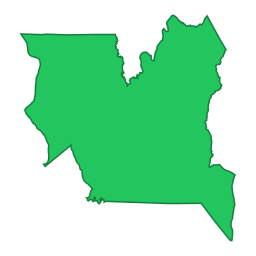 the district of Ngabwe, Central, Zambia
{"feature_id": "96606910B70902538429016", "entity_name": "Ngabwe", "entity_type": "district", "adm_level": 2, "iso_a3": "ZMB", "parent_name": "Zambia", "parent_adm1": "Central", "projection": "equal_earth", "projection_center": [27.56, -14.095], "detail": "fine", "context": "isolated", "style": "filled", "palette": "green", "viewbox_px": 256, "rotation_deg": 0, "n_neighbors": 0, "source": "geoboundaries", "source_scale": "gbopen_adm2", "svg_char_len": 5715}
<svg xmlns="http://www.w3.org/2000/svg" viewBox="0 0 256 256"><path d="M231.8,240.6L232.5,235.4L232.6,231.5L232.5,230.1L231.1,226.3L231.0,222.6L232.6,217.6L232.7,215.5L233.4,212.4L233.3,211.1L233.7,210.0L234.0,206.9L234.8,205.4L234.8,204.8L234.3,201.4L234.1,201.2L234.1,199.0L233.6,197.9L233.6,196.6L232.8,193.9L231.9,186.3L232.0,185.2L232.6,183.2L233.1,180.5L233.9,178.4L234.0,177.2L235.1,175.0L231.8,172.7L228.3,171.0L226.4,170.5L224.2,169.3L221.4,166.9L219.6,164.6L215.9,165.1L213.6,164.8L211.5,166.1L210.2,167.2L209.7,167.2L209.0,166.6L209.3,165.3L209.6,165.0L209.6,163.7L210.2,162.2L209.9,161.0L210.4,160.1L210.4,159.5L210.1,159.3L210.2,158.4L212.4,156.3L213.0,155.1L212.8,154.5L212.3,154.9L212.0,154.8L211.8,153.5L211.1,152.6L211.9,151.3L210.5,149.9L211.4,148.9L210.8,147.6L211.3,147.0L211.3,144.6L211.7,142.6L211.5,141.4L211.8,140.5L210.9,139.1L211.3,137.4L210.9,136.4L210.8,135.4L207.9,129.9L206.1,129.3L206.5,127.5L205.9,125.7L206.0,124.1L205.1,122.4L205.1,121.6L205.4,121.1L206.6,120.5L206.5,119.6L207.0,118.4L206.8,117.1L207.2,115.6L206.8,115.0L207.0,113.4L207.8,111.9L207.9,111.1L208.5,109.8L208.2,109.3L208.0,107.3L208.3,106.7L208.3,104.7L209.0,103.1L209.1,102.2L209.3,101.9L209.2,100.9L209.6,99.1L210.8,97.8L211.2,96.5L211.2,95.7L212.4,94.4L214.1,93.4L214.4,92.8L215.1,92.2L215.3,91.1L217.9,90.5L218.6,90.2L219.9,88.8L220.5,88.8L220.9,88.0L220.7,87.7L220.8,86.8L221.7,86.0L221.4,84.5L220.4,83.8L219.9,83.0L219.8,81.9L219.4,81.6L219.5,80.6L219.8,80.3L219.7,78.6L220.0,77.6L219.6,77.1L218.6,77.1L218.1,76.7L218.1,75.2L217.7,74.4L217.6,73.5L216.7,72.1L216.3,71.2L216.3,70.2L216.6,69.2L216.2,68.5L215.8,66.1L215.6,65.7L217.6,64.4L218.4,64.2L219.3,64.5L220.1,63.9L220.9,62.2L220.5,60.7L220.6,59.2L221.9,57.3L223.0,56.4L223.8,54.0L224.5,53.1L224.8,51.1L225.6,50.6L226.0,49.7L220.6,40.5L207.1,15.9L204.7,18.9L203.8,21.8L202.9,23.6L202.1,24.1L201.7,24.8L200.9,24.3L199.8,24.2L197.8,26.0L197.0,26.4L196.2,26.4L195.8,27.4L194.4,26.2L192.6,25.9L190.8,26.0L190.6,25.4L190.3,25.2L189.7,25.3L189.3,25.9L188.8,26.1L185.5,25.7L185.2,24.8L184.8,24.3L183.6,23.6L183.0,23.6L183.1,23.4L182.9,23.3L182.9,22.7L182.6,22.6L182.5,22.8L181.9,22.6L181.8,22.8L181.3,22.9L180.6,21.4L179.0,20.9L178.9,20.7L179.0,20.4L178.0,19.8L177.5,18.5L176.0,17.1L175.6,16.5L174.8,16.4L174.2,16.0L174.0,15.4L173.6,15.4L172.3,15.5L171.5,16.0L170.1,18.2L167.5,21.2L166.7,22.5L166.8,24.1L167.4,25.9L168.1,28.8L168.2,30.4L168.0,31.1L167.6,31.4L165.8,31.3L163.9,28.7L163.4,29.3L162.7,29.7L162.4,31.1L163.2,36.7L162.6,38.6L162.6,39.6L162.3,40.3L161.3,40.8L157.3,46.1L157.0,48.1L157.1,49.0L155.6,51.5L155.1,53.4L154.9,55.4L154.1,58.9L154.3,60.7L154.0,60.8L152.2,60.2L151.4,59.6L151.0,58.0L151.4,56.6L151.2,55.8L150.8,55.4L149.8,55.5L149.2,54.5L148.0,53.8L146.7,52.3L143.8,52.3L142.1,53.1L140.4,55.2L139.9,57.9L141.0,60.6L141.3,62.5L140.9,65.2L141.2,66.8L143.0,71.0L142.6,72.7L142.2,73.1L141.8,73.1L140.4,72.5L140.0,72.6L139.6,73.1L139.6,74.1L139.2,75.0L138.8,75.3L138.1,75.2L137.3,74.6L137.0,76.1L137.9,77.5L138.0,78.0L137.8,78.4L136.9,77.8L136.8,76.5L136.6,76.4L136.0,77.7L134.9,78.4L134.4,78.1L134.2,77.2L132.8,77.3L131.6,78.3L130.6,78.5L129.9,79.3L129.5,80.8L129.7,81.4L130.3,82.0L130.5,83.4L129.9,83.9L129.2,83.9L128.1,84.4L127.3,85.7L127.0,84.8L127.3,83.8L127.1,83.3L126.5,82.9L126.3,83.0L125.7,82.3L125.7,81.6L125.2,80.7L125.4,80.4L125.3,80.1L125.1,79.5L124.7,79.4L124.7,78.2L124.3,77.6L124.1,77.7L124.1,77.2L123.7,76.6L123.3,76.5L123.3,77.0L122.7,77.1L122.5,76.2L121.5,75.4L121.8,74.6L121.6,73.4L122.0,73.5L122.3,74.0L122.5,72.7L123.1,72.3L123.4,72.6L123.6,73.4L123.8,73.2L123.7,72.1L123.1,71.9L122.6,71.2L122.7,69.7L122.4,68.9L122.2,67.0L122.6,65.7L122.3,64.8L122.8,64.3L123.3,64.4L123.8,63.5L123.5,63.0L123.4,61.5L122.9,61.4L122.4,60.2L122.7,59.4L122.7,57.6L121.9,56.9L121.6,57.3L121.4,56.8L120.5,56.3L120.1,57.0L119.1,57.1L119.0,56.1L118.9,56.5L118.0,56.5L117.5,55.9L117.5,55.6L118.3,54.8L118.3,54.4L118.8,54.1L118.6,53.7L117.9,53.6L118.3,52.6L117.7,52.0L117.5,51.1L118.0,50.5L117.9,49.6L117.3,49.6L115.9,48.1L115.8,47.5L116.0,47.0L115.7,47.1L115.8,46.6L115.6,46.5L115.3,45.6L115.5,45.0L116.1,44.5L116.3,43.7L116.5,44.0L116.8,43.6L116.5,43.2L116.6,42.3L116.2,41.9L116.9,41.8L117.7,40.9L117.1,39.6L117.1,38.9L116.8,38.6L117.1,38.2L116.4,37.7L116.2,36.6L115.2,35.9L115.3,34.5L93.7,34.5L68.2,34.9L46.7,34.2L41.4,34.6L20.9,34.0L26.3,42.0L27.1,44.0L28.2,52.8L28.7,53.8L30.1,55.4L32.1,56.4L36.1,57.5L38.7,58.7L40.0,61.4L40.4,65.2L38.8,70.4L38.1,74.1L37.4,74.9L37.1,76.1L36.2,78.0L36.0,83.0L35.5,85.6L35.3,94.3L34.8,96.1L34.6,98.2L34.0,100.5L33.2,101.8L32.1,102.5L30.9,104.1L26.0,108.0L25.0,109.6L24.9,110.5L26.2,113.9L27.7,115.4L28.5,116.9L30.3,118.3L32.8,122.9L35.3,124.9L36.1,126.1L36.8,127.7L37.8,129.0L40.9,130.9L42.8,133.7L44.9,135.9L47.0,141.4L48.4,144.4L48.9,145.9L48.4,147.8L48.4,151.1L48.4,152.5L48.8,154.1L48.7,159.3L47.8,161.8L47.6,162.9L43.6,164.3L45.2,166.4L71.0,145.1L71.1,147.6L71.5,149.2L72.0,150.3L72.9,151.4L73.4,154.1L74.7,157.1L75.4,158.1L76.0,160.4L77.6,163.2L79.2,164.7L80.2,169.3L81.2,170.2L82.1,170.6L82.1,173.1L82.6,177.2L83.9,180.3L85.6,182.4L88.1,184.1L92.6,189.0L91.3,190.0L90.9,190.7L89.3,196.7L87.8,198.0L86.7,197.8L87.5,198.8L87.5,200.1L88.0,200.7L89.1,200.7L89.8,199.6L90.7,199.3L92.1,200.1L92.9,201.4L93.5,201.5L94.0,200.9L93.9,197.7L94.7,197.0L95.2,197.4L94.9,199.3L95.4,200.5L95.7,200.9L96.4,200.6L97.1,200.7L97.4,201.6L98.3,203.1L99.2,203.8L100.5,202.1L100.8,201.2L100.7,200.5L99.8,199.7L100.3,199.3L100.6,198.4L101.3,198.0L102.0,198.3L101.8,199.9L102.0,200.3L103.2,199.5L103.9,199.8L104.3,201.7L104.2,202.1L105.7,201.5L106.9,201.4L168.6,203.5L165.5,203.5L168.6,203.5L177.9,203.5L188.6,203.4L201.2,203.3L215.0,221.6L229.6,239.7L230.4,240.4L231.8,240.6Z" fill="#22c55e" stroke="#15803d" stroke-width="1.5"/></svg>